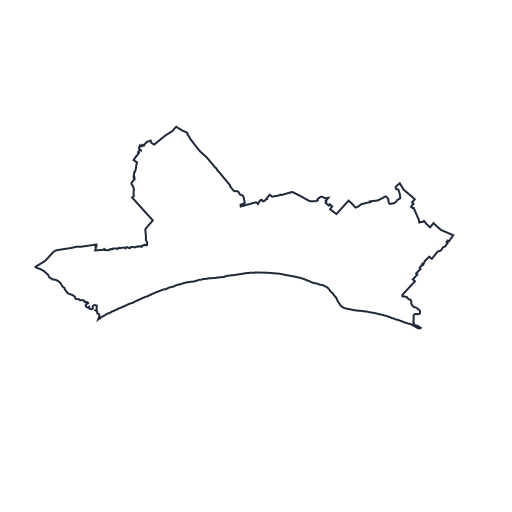 the district of La Antigua, Veracruz, Mexico, rotated 124°
{"feature_id": "50627088B44278957593951", "entity_name": "La Antigua", "entity_type": "district", "adm_level": 2, "iso_a3": "MEX", "parent_name": "Mexico", "parent_adm1": "Veracruz", "projection": "mercator", "projection_center": [-96.303, 19.318], "detail": "fine", "context": "isolated", "style": "outline", "palette": "slate", "viewbox_px": 512, "rotation_deg": 124, "n_neighbors": 0, "source": "geoboundaries", "source_scale": "gbopen_adm2", "svg_char_len": 6105}
<svg xmlns="http://www.w3.org/2000/svg" viewBox="0 0 512 512"><g transform="rotate(124 256 256)"><path d="M396.7,351.4L395.6,351.1L395.1,350.4L394.4,350.2L394.1,350.5L393.6,350.4L390.3,348.4L387.6,347.4L386.4,346.6L385.6,345.8L385.0,345.6L383.3,344.5L382.7,344.5L382.1,344.1L381.0,343.1L379.2,342.2L377.1,340.8L376.7,340.9L375.2,339.6L372.6,338.1L371.2,337.0L366.9,334.6L363.0,331.5L362.4,331.4L359.6,329.8L358.6,329.0L357.8,328.7L355.5,327.0L354.5,326.8L353.6,326.0L351.9,325.0L349.8,323.2L347.4,322.1L346.8,321.4L346.0,321.2L342.6,318.9L341.5,318.4L340.3,317.3L335.6,314.1L333.8,312.2L330.8,310.4L327.1,307.0L326.1,306.7L325.6,306.2L324.5,305.6L323.2,304.5L322.4,303.5L317.9,300.0L317.4,299.1L316.4,298.6L314.7,296.5L313.2,295.0L312.7,294.1L310.7,292.2L307.9,290.1L306.1,288.0L304.7,287.0L302.5,284.1L301.7,283.6L296.2,276.6L295.6,276.1L295.0,275.1L294.4,274.8L291.3,270.8L289.3,269.6L285.5,265.3L285.1,264.6L276.6,255.5L275.7,254.7L274.9,253.4L272.5,250.7L270.4,247.4L270.0,247.3L263.2,236.7L257.6,226.7L256.6,224.2L256.1,223.4L255.7,222.0L252.2,214.2L249.2,206.6L247.7,200.9L247.8,200.2L247.3,198.9L246.4,193.9L244.3,188.9L244.4,187.8L242.7,184.0L242.5,181.5L242.2,180.7L242.2,179.1L242.8,176.4L243.5,175.0L244.2,170.7L244.9,169.6L245.5,167.0L246.1,165.5L247.8,163.0L250.0,157.3L249.9,154.0L249.6,153.4L249.4,152.4L248.8,151.3L248.5,150.0L248.0,149.2L245.9,143.9L245.1,142.8L244.8,141.7L242.3,137.5L241.6,135.6L241.2,135.2L240.8,134.2L240.2,133.4L239.0,130.1L237.0,125.9L233.4,116.2L232.0,111.6L231.5,108.5L230.8,106.8L230.4,104.5L229.6,102.7L228.9,99.6L228.5,98.7L228.4,97.1L226.9,92.0L225.9,89.5L225.8,86.9L225.5,85.5L225.6,83.7L225.2,81.0L224.4,80.3L224.3,79.5L224.0,79.2L223.3,79.4L223.7,80.7L223.4,83.0L224.4,84.6L224.3,87.0L224.2,87.4L223.5,88.0L223.0,87.9L222.5,88.8L220.8,89.6L217.5,91.9L216.5,92.1L215.4,91.7L214.7,91.1L214.0,89.7L213.1,88.6L212.4,88.1L211.7,88.1L210.9,88.5L209.9,89.3L209.4,90.8L209.3,93.4L209.3,94.6L209.9,96.4L210.0,97.8L209.0,100.0L208.3,101.0L207.1,101.5L206.3,102.7L205.9,103.8L206.4,104.8L206.4,105.7L205.7,108.2L206.7,110.5L207.6,112.0L206.4,112.9L188.1,110.1L187.7,112.9L181.2,111.9L180.9,113.5L174.8,112.3L174.4,113.7L171.7,113.6L171.4,113.2L169.5,113.7L169.6,112.5L166.0,113.2L159.7,112.0L160.1,108.8L159.8,108.6L150.8,107.9L148.1,105.8L144.1,105.8L142.2,104.5L138.1,104.4L137.9,105.8L136.1,105.8L135.8,104.2L128.5,104.1L131.0,117.2L130.1,124.1L129.4,127.2L134.9,127.7L134.2,132.3L133.0,136.4L134.6,136.9L135.5,138.2L136.9,139.3L135.3,140.8L128.0,152.1L128.7,153.1L128.5,155.0L124.7,154.6L124.5,156.5L120.2,156.1L119.6,160.0L118.5,170.4L115.3,177.5L119.9,178.8L121.1,178.6L121.6,178.2L122.1,177.1L121.4,175.4L121.4,174.9L122.6,173.6L123.8,171.9L127.1,168.9L127.7,168.8L130.7,170.2L132.3,170.2L134.4,170.7L136.4,172.4L136.7,173.0L137.8,173.8L138.0,174.8L136.7,176.7L135.5,177.5L134.9,178.2L134.3,179.6L134.0,181.6L134.6,182.3L136.9,183.3L141.5,185.9L143.0,187.4L146.9,192.0L147.4,191.3L150.6,194.5L154.3,197.7L157.8,198.9L160.2,200.6L158.9,206.1L158.3,210.2L176.2,212.8L175.9,220.7L173.6,220.7L172.3,220.5L171.9,223.8L173.5,223.9L173.0,228.1L171.3,228.2L171.2,229.1L167.4,228.6L169.2,230.7L170.3,235.1L171.5,235.8L174.1,236.6L174.2,236.8L174.5,236.9L175.4,236.3L175.4,236.1L176.3,236.4L177.0,236.9L180.5,241.9L181.6,254.1L182.6,261.5L183.6,262.8L184.3,262.9L184.4,263.3L191.4,269.1L191.5,270.1L192.4,270.5L194.4,272.1L195.2,273.2L197.8,275.7L197.6,278.9L202.2,279.3L202.7,278.7L203.8,279.6L205.0,279.6L206.6,280.4L206.8,282.2L206.2,282.6L207.6,283.8L211.8,283.4L211.4,285.2L211.4,286.0L223.5,296.3L222.1,297.5L219.4,295.4L218.3,294.9L213.9,299.5L213.3,301.0L214.0,303.7L212.6,306.5L212.7,307.6L214.3,310.2L214.3,311.7L212.6,316.5L211.9,317.0L206.8,334.5L206.6,335.9L205.6,337.4L205.4,339.8L204.1,343.7L201.7,352.5L200.6,360.6L199.5,364.5L195.6,376.2L194.4,378.3L193.6,380.7L192.4,381.6L192.5,384.0L193.2,387.0L193.5,394.4L196.7,395.0L197.8,394.9L199.7,395.4L206.9,398.6L220.6,402.7L220.7,405.9L220.3,406.7L219.2,407.9L222.7,410.5L224.2,410.5L225.4,410.8L227.4,410.7L227.4,412.4L229.0,412.2L229.1,414.1L231.3,413.6L231.3,413.3L232.4,413.0L232.7,410.5L232.9,410.4L232.8,411.7L234.9,411.8L235.8,411.8L235.8,410.8L240.2,410.9L240.2,411.1L244.9,411.1L244.9,407.1L245.5,406.8L247.9,405.9L251.3,404.2L254.5,403.4L254.7,403.7L257.5,402.4L258.2,401.3L259.7,400.1L259.7,400.9L260.9,399.9L262.6,399.7L264.0,400.2L265.3,400.0L265.8,399.6L267.2,396.7L268.7,394.7L272.4,392.6L274.6,390.8L276.8,391.4L278.6,383.9L278.8,383.8L278.9,383.0L284.2,361.4L290.6,362.3L295.8,362.7L301.7,357.9L304.2,356.4L305.4,354.1L306.9,353.0L308.1,352.5L309.3,354.3L308.9,354.5L309.0,354.7L310.3,355.3L310.8,355.9L311.6,356.0L311.9,356.4L312.2,356.0L312.4,356.1L312.7,356.6L313.4,358.7L314.6,359.2L314.8,360.0L315.7,360.7L316.6,361.2L317.5,363.3L318.7,364.8L319.8,364.8L320.2,365.6L320.5,365.7L320.6,367.7L321.7,368.6L322.5,368.4L322.5,369.1L322.9,370.1L324.6,372.3L325.4,372.9L325.7,373.9L326.1,373.9L326.9,374.8L327.5,374.9L327.4,375.2L327.8,375.9L328.2,376.3L328.6,377.2L329.1,377.6L329.9,378.9L330.7,378.9L331.2,379.4L331.2,379.9L331.7,380.5L331.8,380.4L333.9,381.6L335.5,384.7L335.9,385.0L335.9,385.3L335.2,385.7L337.0,386.9L341.3,392.4L339.7,392.9L337.7,394.4L337.4,394.4L337.2,393.7L335.7,394.7L346.4,406.5L348.4,409.7L352.6,413.6L362.5,424.3L363.8,425.3L366.2,426.3L376.3,427.8L378.6,428.3L388.3,432.8L388.5,432.5L388.4,431.0L387.3,426.9L387.1,423.3L387.9,417.7L389.3,415.4L389.4,414.7L389.1,413.5L389.2,411.3L388.2,410.0L388.1,409.4L387.7,408.6L387.7,407.6L387.3,406.2L387.8,403.0L389.6,398.9L389.6,397.0L390.6,395.7L392.1,391.3L391.8,389.2L391.0,386.4L390.9,384.5L391.2,383.1L392.0,382.4L392.3,381.6L392.1,380.5L391.5,380.0L390.9,378.6L390.9,378.2L391.1,377.7L390.9,377.0L390.2,375.8L389.4,375.1L389.3,372.8L389.9,372.2L388.6,370.0L388.8,368.9L389.6,368.9L390.8,369.7L392.2,369.7L393.0,368.6L393.0,367.5L392.7,366.3L391.5,366.0L392.9,364.4L392.1,362.6L391.2,361.9L390.4,362.1L389.8,362.9L388.8,363.3L387.6,362.9L386.8,362.2L386.2,360.2L389.5,358.2L390.8,358.7L390.6,356.8L392.3,355.5L392.0,353.9L392.5,352.9L393.9,352.2L396.7,351.4Z" fill="none" stroke="#1e293b" stroke-width="2"/></g></svg>